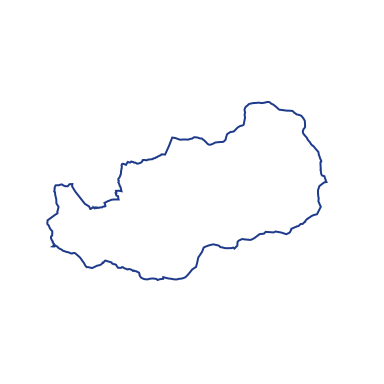 outline of Saru Dornei, Suceava, Romania, rotated 216°
{"feature_id": "2599482B64187693083296", "entity_name": "Saru Dornei", "entity_type": "district", "adm_level": 2, "iso_a3": "ROU", "parent_name": "Romania", "parent_adm1": "Suceava", "projection": "equal_earth", "projection_center": [25.301, 47.209], "detail": "fine", "context": "isolated", "style": "outline", "palette": "blue", "viewbox_px": 384, "rotation_deg": 216, "n_neighbors": 0, "source": "geoboundaries", "source_scale": "gbopen_adm2", "svg_char_len": 5923}
<svg xmlns="http://www.w3.org/2000/svg" viewBox="0 0 384 384"><g transform="rotate(216 192 192)"><path d="M198.6,291.9L198.1,290.0L197.8,289.4L197.3,288.8L195.8,287.6L194.9,285.5L194.0,284.4L193.2,283.9L192.9,283.5L191.1,279.7L190.6,278.5L190.0,277.5L189.8,276.6L190.3,275.4L191.6,274.0L192.0,273.3L192.7,271.7L193.2,269.8L193.6,266.3L193.8,265.6L194.1,265.1L196.1,263.1L196.4,262.7L196.9,261.2L197.5,259.8L197.5,259.2L197.3,258.5L196.4,255.9L195.6,254.1L195.8,252.2L196.1,251.2L196.5,250.6L198.0,249.5L202.0,246.0L202.7,244.9L203.4,243.3L204.3,241.9L204.6,241.4L205.4,240.7L206.4,240.2L207.5,240.1L212.1,240.9L213.9,240.9L215.3,241.1L217.2,240.0L219.6,239.3L221.7,238.1L222.5,237.5L223.4,235.1L224.6,234.0L225.8,232.2L229.5,229.7L232.1,227.5L233.6,226.9L237.4,225.8L240.0,224.4L237.7,215.8L235.8,206.5L238.2,204.9L238.7,204.6L238.9,204.2L238.9,203.3L239.4,202.7L240.4,200.8L240.9,199.4L241.6,198.7L241.6,198.0L243.1,196.3L243.1,195.5L243.8,194.9L246.7,192.2L247.2,191.1L247.5,190.8L249.0,190.2L250.6,188.9L250.7,188.6L250.3,187.8L250.3,187.0L250.5,185.9L251.6,184.2L252.3,183.3L253.2,182.6L255.0,182.5L256.1,181.7L257.2,181.7L258.3,181.1L258.9,181.1L259.1,180.9L259.2,179.7L260.1,179.0L261.6,178.6L261.5,175.8L261.4,175.2L261.8,175.2L264.3,174.3L264.8,174.0L265.0,173.6L264.9,172.9L264.6,172.1L264.1,171.8L262.9,170.0L262.6,169.0L261.9,168.0L261.7,167.2L260.1,164.7L259.2,161.1L259.3,160.2L259.4,159.9L259.2,159.1L258.4,158.2L258.0,158.2L257.4,157.3L257.4,157.2L257.3,156.9L257.3,156.6L255.3,155.5L254.1,154.5L252.9,154.1L249.5,151.2L252.4,149.8L252.6,149.5L252.9,149.2L254.2,148.2L252.6,146.7L253.1,146.2L251.1,144.7L249.3,145.1L247.4,143.1L247.0,142.8L250.1,140.6L251.8,139.1L252.4,138.6L254.8,134.9L256.4,131.7L255.7,131.4L253.8,129.8L253.7,129.6L254.5,128.6L255.3,128.0L255.8,126.6L256.4,126.3L256.6,126.1L257.7,125.0L257.8,124.8L258.4,124.1L259.1,124.1L259.2,123.9L259.1,123.7L259.4,123.5L259.5,123.2L259.9,122.8L260.1,123.0L260.7,123.1L260.9,122.4L261.4,122.3L261.9,121.7L262.3,121.7L262.2,121.6L262.3,121.6L262.7,121.2L263.2,120.9L263.5,120.5L263.6,119.8L263.8,119.4L263.8,119.1L264.3,118.5L266.7,119.8L270.2,119.6L271.5,119.4L286.9,123.8L292.3,126.1L293.5,128.1L295.7,126.3L295.9,123.6L298.1,122.1L299.9,121.7L301.6,121.7L302.4,121.1L303.8,119.1L306.2,117.3L306.2,116.9L305.7,114.7L304.8,113.7L304.7,113.1L303.9,112.0L303.7,111.4L303.3,111.4L302.7,111.3L300.9,109.2L297.6,106.4L295.0,103.1L291.2,101.5L289.8,98.2L289.5,97.0L288.3,95.7L289.4,92.9L292.2,84.2L291.3,82.7L290.8,81.8L289.9,80.9L288.5,80.8L287.9,80.5L286.4,79.6L285.9,79.2L284.7,78.8L283.8,78.5L282.1,78.2L281.8,77.8L281.0,76.9L280.5,75.9L280.1,75.5L279.6,74.5L279.6,74.1L279.8,73.7L279.9,73.4L279.6,72.6L279.0,71.8L278.5,71.4L277.8,71.2L277.6,70.9L277.1,70.6L275.6,70.2L275.4,69.6L275.0,69.3L274.6,69.3L274.2,69.1L273.4,69.0L272.9,68.7L272.7,68.4L272.8,67.8L272.4,67.2L272.4,66.9L272.7,66.1L271.7,66.7L271.2,67.2L271.2,68.4L270.1,68.4L269.6,68.6L268.6,68.6L268.0,68.3L265.9,68.3L263.3,68.8L262.2,68.6L261.7,68.7L259.3,69.5L258.2,69.7L256.4,70.7L254.8,70.9L253.2,71.5L252.9,71.8L251.8,73.2L251.4,73.5L250.1,73.8L246.5,73.4L245.8,73.4L243.8,73.1L237.3,70.9L235.0,69.7L233.0,69.3L231.8,70.2L228.3,71.7L227.8,72.2L225.4,76.7L223.9,78.3L222.8,80.2L222.8,81.6L222.6,82.4L222.6,82.6L222.2,82.6L222.0,85.0L221.9,85.5L221.5,85.7L215.7,87.7L215.1,87.3L214.3,87.2L212.5,87.8L211.9,88.2L210.6,88.5L209.1,87.7L207.4,87.2L206.3,87.9L205.0,88.8L204.7,89.2L204.4,90.2L204.2,90.3L203.6,90.5L202.1,90.5L199.4,91.3L199.0,91.3L198.6,91.5L197.7,92.6L197.3,92.9L195.1,93.6L193.6,93.4L193.2,93.5L192.9,94.3L191.6,94.5L190.6,95.1L189.4,95.2L188.3,95.5L187.3,95.5L186.8,95.2L185.8,94.3L185.7,94.0L184.5,93.3L182.7,92.8L181.4,93.0L179.7,93.4L178.4,94.0L176.1,95.6L175.8,96.2L175.3,96.9L172.9,99.0L170.9,100.1L170.0,100.6L169.0,100.7L168.2,100.5L166.7,102.6L164.3,104.8L165.2,106.2L163.4,106.9L160.2,108.2L158.0,109.5L156.6,110.1L154.8,111.0L152.6,112.6L151.9,113.7L149.8,115.6L148.8,116.7L147.6,118.5L147.1,119.7L146.6,123.3L146.3,129.5L144.7,133.8L146.4,138.2L148.4,142.6L148.7,149.5L149.8,153.6L149.7,154.4L149.4,155.0L147.4,158.1L146.2,159.7L144.8,161.3L143.8,162.3L142.6,162.8L139.3,164.2L138.2,164.4L137.0,164.1L136.1,164.3L134.4,165.3L133.4,165.5L132.3,166.0L131.2,166.7L127.2,169.7L126.0,171.2L125.1,171.3L124.5,171.1L124.2,172.1L124.2,173.2L123.8,175.0L124.3,176.1L125.2,177.3L125.8,178.5L125.7,179.5L125.5,180.3L124.0,183.1L123.5,183.6L121.0,184.9L116.7,187.5L116.0,188.3L114.5,191.2L112.5,197.7L109.3,200.6L109.0,203.0L102.2,207.3L101.1,209.2L96.1,211.6L90.9,213.3L89.4,216.0L89.1,217.2L89.3,217.6L89.4,219.3L90.0,220.4L90.0,220.7L89.1,222.0L89.0,222.3L87.6,224.7L87.0,225.4L86.9,225.9L85.8,227.1L85.3,230.0L84.2,230.8L83.7,231.3L83.6,232.5L83.2,233.5L83.3,234.0L82.9,234.5L83.3,235.5L83.1,237.1L83.1,237.6L82.6,238.3L82.7,238.7L81.9,240.7L81.6,241.2L81.6,241.7L80.7,243.7L80.1,244.7L77.8,247.5L79.1,255.7L84.2,258.7L85.9,261.5L87.2,262.6L89.3,265.0L91.2,267.7L92.4,271.7L91.3,275.5L90.6,277.6L89.1,279.1L90.3,279.7L91.2,280.5L93.2,281.8L94.1,282.6L94.6,282.5L96.3,281.8L97.1,282.0L98.1,282.6L100.3,284.9L101.2,286.1L101.3,286.0L101.6,286.6L104.7,290.4L105.6,291.7L105.6,292.1L105.3,292.6L105.4,292.8L106.1,293.4L108.3,294.6L109.1,295.3L111.2,296.6L113.0,298.4L113.4,298.7L117.0,299.5L120.4,300.4L123.3,300.5L125.7,301.5L129.3,302.4L130.7,303.3L135.5,304.4L136.6,304.9L137.8,305.9L138.4,307.2L138.7,308.5L138.6,310.4L138.8,311.2L141.0,314.0L142.6,315.9L144.3,316.7L147.0,317.6L148.2,317.9L149.6,317.6L151.7,316.9L152.5,316.5L153.2,316.2L154.4,316.4L155.9,316.2L157.2,316.6L158.4,316.6L161.2,314.9L163.0,313.6L169.8,309.9L170.3,309.9L173.5,310.3L177.4,310.5L180.1,310.0L181.0,310.2L181.9,310.2L182.9,309.9L184.1,309.0L185.9,306.8L187.3,305.4L188.3,304.6L189.5,304.1L190.5,303.5L193.4,301.0L194.9,299.8L197.2,297.2L197.6,296.6L197.8,296.1L197.9,295.0L197.9,294.4L198.3,293.8L198.4,293.4L198.4,292.8L198.6,291.9Z" fill="none" stroke="#1e3a8a" stroke-width="2"/></g></svg>